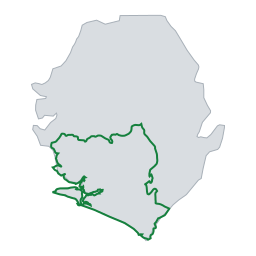 Southern highlighted on a map of Sierra Leone
{"feature_id": "SLE-760", "entity_name": "Southern", "entity_type": "Province", "adm_level": 1, "iso_a3": "SLE", "parent_name": "Sierra Leone", "parent_adm1": "", "projection": "robinson", "projection_center": [-12.13, 7.714], "detail": "fine", "context": "in_parent", "style": "outline", "palette": "green", "viewbox_px": 256, "rotation_deg": 0, "n_neighbors": 0, "source": "natural_earth", "source_scale": "10m", "svg_char_len": 7205}
<svg xmlns="http://www.w3.org/2000/svg" viewBox="0 0 256 256"><path d="M224.5,125.5L224.4,127.8L222.5,138.3L219.6,147.2L217.7,149.4L209.6,151.8L206.1,155.7L203.1,168.5L201.2,178.5L198.4,180.1L186.4,194.6L178.6,200.1L173.1,204.8L167.9,210.9L161.4,216.9L154.4,226.9L149.4,237.4L146.0,240.6L143.5,237.7L131.5,227.4L118.9,220.4L92.1,208.9L83.2,205.7L83.5,201.6L86.6,194.1L81.6,185.3L83.5,178.9L81.6,178.9L77.8,182.7L69.6,181.6L64.2,176.1L59.8,174.1L57.8,171.4L55.0,156.9L53.0,150.3L48.9,146.3L40.6,145.3L37.3,136.4L32.7,129.6L33.4,125.4L37.2,125.6L40.1,128.7L44.8,130.0L50.6,122.5L55.8,118.5L57.0,115.0L56.4,113.1L53.2,116.1L44.6,115.3L42.4,118.0L38.5,118.9L35.6,110.2L35.7,105.1L36.9,99.5L45.7,98.5L46.4,96.7L40.4,95.5L32.8,88.9L31.5,84.4L35.2,82.9L38.8,83.6L41.9,84.5L45.3,82.9L48.4,80.5L50.3,77.3L52.9,68.8L61.1,66.0L65.9,60.8L70.5,52.7L72.6,47.0L74.5,44.2L75.7,41.8L76.6,39.1L78.6,36.6L80.8,30.6L82.2,25.2L86.9,22.5L96.6,20.2L105.2,24.2L119.3,20.7L120.1,15.6L133.0,15.5L148.2,15.4L160.9,15.4L165.3,16.7L166.9,20.6L171.1,26.5L175.4,30.7L180.9,39.8L187.2,50.4L194.0,59.9L198.4,65.1L198.9,66.9L198.5,69.0L196.4,73.8L194.6,79.1L194.7,81.1L196.0,82.1L203.2,83.7L203.8,89.6L203.8,97.7L207.3,105.2L210.6,110.8L210.4,112.8L202.4,122.3L199.3,131.7L197.7,134.4L197.0,136.5L198.6,137.5L200.8,136.8L204.0,137.6L206.9,137.9L210.9,134.5L217.4,125.9L219.6,124.8L224.5,125.5ZM80.6,202.0L79.7,203.9L75.4,199.2L53.3,192.2L59.5,188.5L74.9,187.4L79.4,189.5L81.5,191.4L82.2,194.8L80.6,202.0Z" fill="#d9dde1" stroke="#a8b0b8" stroke-width="1"/><path d="M169.3,208.7L165.2,214.7L164.6,215.3L159.3,218.0L158.2,218.3L156.0,222.2L154.8,223.4L154.6,223.7L154.8,224.5L155.7,226.1L155.9,227.1L155.8,227.7L155.5,228.1L155.0,228.3L153.6,228.5L153.4,229.0L153.6,230.4L153.5,231.5L153.1,232.9L152.5,234.1L150.7,235.2L150.4,236.5L150.6,238.3L150.1,238.6L148.0,239.7L147.0,238.7L144.3,238.0L143.0,237.3L141.8,236.3L140.8,235.4L141.4,235.3L141.7,235.1L141.9,234.8L142.2,234.4L140.4,234.3L139.6,234.5L139.1,234.9L138.7,234.9L138.1,233.2L137.2,232.2L133.8,228.9L124.7,223.0L109.7,216.8L94.2,209.8L81.9,205.4L83.8,203.6L86.2,203.5L88.6,204.3L90.7,205.4L90.6,204.8L90.2,204.3L89.8,204.0L89.1,203.9L88.6,203.7L88.1,202.9L87.6,202.4L86.4,201.9L85.7,201.8L84.6,202.5L84.0,202.2L83.5,201.7L83.0,201.4L82.8,200.8L83.3,199.4L84.2,198.0L85.4,196.8L86.0,195.7L86.9,194.9L88.0,195.4L88.7,195.0L89.5,194.9L91.1,194.9L91.4,194.8L92.2,194.5L92.6,194.4L93.1,194.6L93.9,195.2L94.2,195.4L95.4,195.0L96.5,194.2L97.8,193.6L99.5,193.5L99.3,193.2L99.2,192.7L99.1,192.4L100.2,192.0L101.4,191.8L102.3,191.3L102.6,189.9L102.1,189.9L101.7,190.0L101.3,190.0L100.8,190.1L100.4,190.4L100.0,189.7L99.9,189.4L99.3,189.6L98.5,189.6L97.9,189.7L97.7,190.1L97.5,190.8L97.1,191.1L96.0,191.4L95.2,191.8L94.0,191.9L93.3,192.0L92.0,192.7L90.6,193.1L89.3,193.7L88.5,193.9L88.1,193.9L86.8,193.5L86.1,193.5L84.6,192.9L84.1,191.5L83.8,189.9L82.7,188.9L82.7,188.4L83.1,188.1L83.2,187.7L83.3,187.1L83.2,186.4L82.7,186.9L82.3,187.2L81.8,187.3L81.5,186.9L81.0,186.9L81.0,187.9L79.5,186.2L80.3,183.7L82.7,179.9L83.8,180.5L84.1,180.9L84.5,180.4L84.1,179.4L84.1,178.4L84.5,177.6L85.4,177.4L84.1,176.4L82.9,177.5L81.0,180.9L77.8,183.1L75.7,184.0L74.8,183.1L74.3,183.2L70.2,182.3L69.8,182.3L69.4,182.2L68.7,181.9L66.2,179.9L65.2,179.4L64.4,178.7L63.8,177.4L63.6,176.1L63.8,175.2L64.5,174.5L65.6,173.9L64.4,174.1L61.2,175.6L58.2,173.4L57.3,171.5L56.7,170.7L55.7,170.4L55.0,170.0L54.2,169.2L52.8,167.4L54.1,167.1L56.3,165.7L57.5,165.4L58.5,165.5L59.5,165.9L61.7,166.9L60.4,165.4L58.7,164.2L57.4,162.7L56.3,159.2L56.1,158.9L55.9,158.7L56.0,158.1L56.4,157.2L56.5,156.1L56.9,155.1L57.5,154.2L58.2,153.4L56.1,153.1L55.2,152.2L54.7,150.8L53.7,148.9L53.0,148.4L52.1,148.0L51.4,147.3L51.1,146.2L51.2,145.1L51.3,144.2L51.6,143.3L51.7,143.0L51.7,142.9L51.8,142.8L55.0,142.0L55.7,141.7L56.6,140.9L57.7,139.5L58.4,138.8L59.5,137.5L60.2,136.3L60.6,135.8L60.9,135.2L61.2,134.5L61.4,134.2L61.6,133.9L62.0,133.7L62.6,133.7L63.8,133.8L64.4,134.0L64.8,134.3L65.0,134.5L65.2,134.8L65.4,135.2L65.5,135.5L66.1,135.8L66.5,135.8L67.9,135.0L68.4,134.9L72.3,134.8L72.7,134.9L73.0,135.0L73.4,135.5L73.6,135.9L73.9,136.2L74.5,136.3L75.7,136.3L76.8,136.5L77.4,136.8L77.7,137.0L77.9,137.2L77.9,137.6L78.0,138.5L78.0,138.9L78.1,139.3L78.3,139.6L78.5,139.8L79.0,140.0L83.9,140.3L84.2,140.5L84.4,140.7L84.6,141.0L84.7,141.3L85.0,141.6L85.3,141.6L85.9,141.3L86.3,140.9L86.5,140.5L86.9,139.5L87.1,139.2L87.3,139.0L87.6,138.8L89.5,137.8L90.1,137.4L90.5,137.0L91.0,136.5L91.4,136.3L92.0,136.2L93.8,136.2L94.3,136.2L94.6,136.4L94.9,136.6L95.3,136.7L95.9,136.6L97.7,135.7L98.1,135.5L98.7,135.5L99.6,135.5L100.9,135.7L101.4,135.9L105.3,138.4L108.5,139.8L108.7,140.0L108.9,140.2L109.3,141.4L109.4,141.7L109.8,142.3L110.0,142.5L110.3,142.7L110.6,142.8L111.0,142.9L111.6,143.0L111.9,143.0L112.1,142.6L112.3,141.8L112.3,141.4L112.2,141.1L112.0,140.4L111.8,140.1L111.5,139.9L111.3,139.7L111.1,139.5L110.5,138.1L110.4,137.8L110.3,137.4L110.4,137.0L110.6,136.7L111.7,135.0L111.9,134.8L112.2,134.8L112.7,134.8L113.2,134.5L114.3,134.5L115.1,134.7L115.5,134.7L115.9,134.5L116.6,134.1L117.0,134.0L117.5,134.2L118.6,135.0L121.1,135.7L122.7,135.8L124.4,135.7L125.6,135.3L128.6,133.8L129.0,133.5L130.5,131.9L130.9,131.3L131.2,130.7L131.5,129.1L131.6,127.3L131.7,126.9L131.8,126.5L132.0,126.3L132.4,126.0L133.8,125.3L134.5,125.1L135.3,124.9L138.9,125.2L139.9,125.0L141.3,123.9L142.0,126.9L142.5,127.9L143.0,128.5L144.0,129.7L144.2,130.3L144.3,130.8L144.2,132.0L144.2,133.1L144.4,133.7L144.6,134.2L146.0,135.6L146.3,135.8L147.4,137.0L150.1,141.0L154.5,145.9L154.9,146.6L155.1,147.1L155.1,147.5L155.0,148.1L155.1,148.5L155.2,148.9L156.8,153.8L157.0,155.3L157.1,158.0L157.3,160.0L157.3,160.8L157.2,161.6L156.9,163.1L156.6,163.8L156.4,164.1L156.2,164.4L156.0,164.6L155.5,165.0L154.7,166.0L150.4,169.6L150.2,169.9L150.1,170.3L149.4,173.6L149.4,175.4L149.4,176.0L149.6,176.4L149.9,176.1L150.9,174.7L151.1,174.5L151.3,174.4L151.4,174.5L152.5,177.7L152.6,178.2L152.5,178.6L152.4,178.9L152.2,179.3L152.0,181.0L151.8,181.7L151.4,182.3L151.2,182.6L150.9,182.8L150.6,182.8L150.3,182.8L150.1,182.5L149.8,181.8L149.7,181.5L149.5,181.2L149.3,181.2L149.0,181.4L147.0,183.0L145.2,184.2L145.2,184.4L145.4,184.5L146.1,184.8L146.4,185.8L146.7,187.4L147.0,191.4L147.3,193.0L147.6,193.9L147.9,194.0L148.2,194.2L148.5,194.3L148.9,194.3L149.2,194.1L149.5,194.0L149.7,193.7L151.2,192.3L153.2,189.6L153.7,189.2L154.3,188.8L154.7,188.8L155.0,188.8L155.4,188.9L155.7,189.0L155.9,189.2L156.2,189.5L157.1,191.0L155.5,192.9L155.4,193.5L155.3,194.3L155.5,197.5L155.5,198.0L155.5,199.6L155.7,201.3L155.6,202.9L155.7,203.2L156.0,203.4L156.7,203.6L157.5,203.7L158.3,203.8L159.1,203.9L160.8,204.4L162.9,205.4L164.6,206.5L169.3,208.6L169.3,208.7ZM82.7,192.4L82.0,192.9L81.9,193.8L82.3,195.9L82.2,197.2L81.7,198.0L81.2,198.7L80.6,199.9L80.5,201.0L81.1,203.5L81.0,204.4L80.2,205.2L79.1,205.4L78.1,205.0L77.5,203.9L78.8,203.9L77.9,202.1L76.8,200.3L75.5,198.9L74.2,198.4L73.3,198.3L67.4,196.5L65.3,195.3L59.9,194.4L53.3,192.4L53.3,191.9L55.7,191.2L55.9,190.2L56.7,189.3L57.7,188.9L60.1,188.4L67.2,188.4L68.2,188.3L70.7,187.6L74.5,187.2L75.8,187.3L77.1,187.9L76.1,189.2L76.8,189.5L79.2,189.4L80.4,189.8L81.3,190.5L82.1,191.4L82.7,192.4Z" fill="none" stroke="#15803d" stroke-width="2"/></svg>